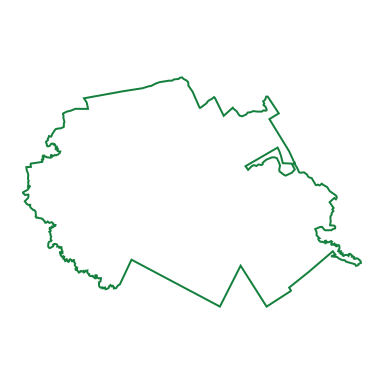 the district of Raca, Arges, Romania
{"feature_id": "2599482B74938824194628", "entity_name": "Raca", "entity_type": "district", "adm_level": 2, "iso_a3": "ROU", "parent_name": "Romania", "parent_adm1": "Arges", "projection": "albers", "projection_center": [25.033, 44.43], "detail": "fine", "context": "isolated", "style": "outline", "palette": "green", "viewbox_px": 384, "rotation_deg": 0, "n_neighbors": 0, "source": "geoboundaries", "source_scale": "gbopen_adm2", "svg_char_len": 5862}
<svg xmlns="http://www.w3.org/2000/svg" viewBox="0 0 384 384"><path d="M266.6,306.6L290.6,291.1L290.9,290.7L290.8,290.2L289.1,287.6L308.5,272.1L332.8,251.3L335.4,254.7L331.8,256.0L331.8,256.4L337.1,257.0L338.5,258.3L342.4,260.1L344.7,260.2L346.1,261.7L354.9,264.2L356.1,265.9L357.6,265.4L358.4,264.8L358.4,264.2L361.0,262.8L360.3,260.6L359.7,260.4L358.2,258.8L356.3,258.3L355.1,258.9L354.1,258.8L353.7,258.3L354.2,257.2L353.3,256.7L352.0,256.7L352.4,255.9L351.5,255.3L351.4,254.8L350.0,253.8L348.9,254.1L348.9,255.4L348.5,256.0L347.6,255.1L345.7,254.9L344.7,255.1L343.7,255.9L342.8,255.6L342.7,253.7L341.3,254.2L340.8,253.8L341.3,252.5L340.0,252.5L340.5,251.3L338.8,251.5L338.1,251.1L338.3,250.8L339.3,250.7L338.7,249.8L339.5,248.4L339.4,246.4L339.1,245.4L338.2,245.0L337.1,246.2L336.2,246.3L335.9,246.0L336.3,244.9L336.1,244.6L335.7,244.5L334.7,245.1L334.1,244.9L334.5,243.8L334.4,243.6L333.2,244.5L331.5,244.8L331.2,244.2L331.7,243.3L331.4,242.8L332.0,241.8L331.3,241.1L328.0,242.4L327.3,242.1L326.8,242.4L326.8,241.7L326.5,241.4L325.3,242.9L325.1,242.3L326.0,241.0L325.9,240.7L325.0,240.8L324.4,241.9L323.5,242.3L322.1,241.7L321.2,241.9L320.1,241.5L319.0,240.5L318.3,238.9L318.6,238.0L319.2,238.0L316.6,235.3L316.6,232.1L315.2,229.1L319.8,227.1L322.1,226.9L324.2,229.6L325.3,230.3L331.5,230.2L332.5,229.3L335.1,228.4L335.2,226.6L334.1,225.6L330.1,225.3L330.7,221.0L330.4,218.4L330.5,216.4L331.7,214.6L331.7,213.0L333.4,211.0L332.3,209.4L333.6,208.0L329.6,202.2L334.3,198.0L335.9,199.3L336.7,198.0L336.7,196.7L335.6,195.2L329.7,191.1L327.2,187.1L323.3,184.9L321.7,183.7L320.1,185.2L319.4,185.4L318.0,184.6L316.5,185.2L315.6,184.8L311.7,178.1L309.2,177.4L308.1,176.6L307.0,174.5L303.9,172.3L301.1,172.7L299.4,172.5L298.9,171.9L296.8,167.2L295.4,165.3L294.9,163.1L293.7,163.9L292.6,164.1L292.2,164.6L294.8,169.4L291.8,172.8L285.6,175.6L283.8,174.7L279.6,171.5L279.2,169.9L280.0,165.6L279.0,162.5L276.8,158.1L274.5,157.4L272.1,157.3L266.4,159.6L262.7,162.7L262.7,164.3L261.3,165.1L258.8,164.4L256.4,166.0L254.3,165.2L253.1,165.4L251.5,166.4L248.1,169.8L245.5,166.2L277.6,147.6L279.3,151.1L281.0,155.9L282.8,163.2L291.9,163.6L292.7,164.0L293.8,163.7L294.5,163.0L289.2,151.4L269.4,119.1L278.8,113.4L267.7,96.6L266.2,96.6L265.6,98.6L264.6,100.3L263.2,101.3L264.3,103.6L263.5,104.8L263.6,105.3L265.3,106.4L266.7,109.5L266.4,110.4L265.8,110.7L263.4,110.4L261.8,111.6L257.2,111.6L253.2,111.1L250.2,112.4L248.0,112.4L246.0,114.6L242.1,116.3L239.4,115.5L236.6,111.2L233.4,108.7L232.8,107.7L223.7,115.8L214.9,97.9L214.0,97.1L212.0,98.8L208.8,100.5L207.7,101.4L206.5,103.3L200.7,107.6L200.0,107.9L199.5,107.5L192.6,91.7L188.4,85.6L188.3,82.9L187.8,81.7L186.2,80.3L183.4,78.8L182.1,77.4L179.9,77.8L178.7,78.9L173.7,79.5L172.1,80.7L168.8,80.7L159.4,82.2L155.2,83.8L151.0,86.0L148.7,86.3L142.7,88.2L123.3,91.2L84.0,98.3L86.6,102.3L87.6,106.5L87.9,108.9L75.4,108.8L69.7,111.1L67.3,111.4L63.2,113.4L62.9,114.1L63.5,115.6L63.4,118.1L64.5,122.0L63.9,123.0L63.8,126.9L61.2,128.2L57.1,128.7L55.4,129.3L52.5,133.6L51.2,136.6L49.0,136.1L48.5,137.9L47.8,138.5L47.9,140.2L46.4,141.3L45.9,142.2L46.6,143.5L47.0,145.8L48.0,146.4L49.7,145.9L51.2,143.8L52.8,143.5L53.5,144.6L53.8,144.7L54.6,144.1L55.2,144.8L55.8,147.9L56.5,147.8L57.0,147.1L57.2,147.5L57.1,148.0L55.9,149.2L56.8,149.7L57.8,149.5L57.5,150.6L57.7,151.1L60.2,151.5L59.8,152.9L58.0,154.5L55.9,155.3L54.4,155.1L54.0,155.6L52.6,156.2L51.8,155.2L51.1,155.0L50.9,155.6L51.6,157.1L50.8,157.7L46.8,157.3L46.3,156.8L44.9,156.6L44.4,155.6L43.3,155.5L42.8,155.9L42.6,156.9L43.3,157.5L43.3,159.4L42.7,159.9L42.1,159.4L41.8,159.8L42.4,161.5L42.2,161.9L30.8,163.6L30.6,164.2L30.9,166.9L26.3,167.1L26.9,171.0L27.6,172.4L28.3,175.0L28.0,177.9L28.1,179.5L28.6,180.5L28.7,181.3L28.1,182.1L28.4,184.2L28.0,186.5L29.5,186.0L29.9,186.4L27.6,189.8L23.1,192.3L23.0,193.0L25.1,195.0L28.0,194.5L28.5,194.8L28.3,197.3L28.0,198.0L24.8,201.3L26.7,203.9L28.3,204.9L30.2,204.8L30.3,205.0L29.9,205.9L30.6,207.6L33.4,210.1L34.4,210.1L35.6,211.6L35.9,215.8L35.6,216.7L36.2,217.5L36.8,217.8L37.5,217.5L38.5,218.0L41.9,218.5L42.3,219.1L43.0,219.3L43.6,220.5L44.5,221.0L45.2,222.7L46.3,222.7L47.7,221.5L49.3,222.9L51.7,222.2L53.1,223.4L53.2,224.5L55.5,225.0L55.3,225.9L53.5,226.5L53.0,227.3L52.7,227.4L51.9,226.7L51.2,228.0L50.3,227.6L49.7,228.0L49.7,229.4L50.7,230.3L50.7,230.9L49.3,231.8L50.5,233.6L50.4,235.1L51.2,236.3L50.7,238.3L50.7,239.3L51.5,240.5L50.8,241.3L49.2,241.7L48.5,242.7L48.1,246.0L48.7,247.5L49.7,248.1L50.8,247.6L52.8,246.5L53.5,245.6L53.0,244.8L53.9,244.1L55.0,243.9L56.7,244.3L57.3,245.1L57.2,246.6L58.8,246.6L59.1,247.7L59.9,247.8L59.9,247.0L61.5,247.2L61.6,248.9L61.9,250.4L62.5,251.4L62.5,253.1L62.0,253.3L60.6,252.0L60.0,252.1L59.9,252.8L60.1,253.5L60.9,253.8L60.6,255.1L62.1,256.9L63.5,256.2L64.3,256.8L63.3,258.7L64.3,259.2L65.2,261.1L65.8,261.0L66.4,259.2L67.0,259.4L67.1,260.3L68.1,260.9L68.0,261.6L68.4,261.9L69.1,261.4L69.6,259.7L70.1,259.2L71.3,259.9L72.0,261.3L72.8,261.2L73.2,260.3L73.7,260.0L74.0,260.1L74.3,262.4L75.2,263.5L74.8,264.7L74.9,265.4L75.9,267.1L77.2,267.6L77.0,268.7L75.5,269.0L75.6,269.5L75.9,270.0L77.0,270.1L78.9,272.6L79.8,272.2L80.4,271.1L81.2,271.0L82.4,271.7L83.3,271.0L84.1,272.4L84.8,271.9L85.1,270.9L87.4,270.5L87.2,272.2L88.3,273.8L89.2,274.1L89.1,275.2L89.6,275.7L91.1,276.2L92.5,275.8L92.8,276.4L93.1,276.4L93.2,276.8L95.1,278.3L95.9,278.3L96.7,277.3L95.3,276.6L95.5,276.0L95.3,275.4L96.0,275.1L96.8,275.5L97.1,277.4L98.6,278.4L100.8,278.0L100.9,278.9L100.5,281.3L98.9,282.4L99.2,283.2L98.9,284.2L99.3,286.5L100.6,287.7L102.5,287.3L102.8,287.5L102.7,288.4L102.9,288.4L103.2,287.9L104.0,288.1L105.0,287.5L105.5,289.2L106.9,288.9L108.7,287.9L109.0,286.8L109.5,286.5L109.5,285.8L110.5,285.0L111.9,286.4L112.5,285.8L113.0,285.8L113.6,287.1L114.0,287.3L113.9,288.4L116.1,288.2L117.8,285.7L119.9,284.3L131.5,259.7L219.9,306.6L240.6,265.7L266.6,306.6Z" fill="none" stroke="#15803d" stroke-width="2"/></svg>